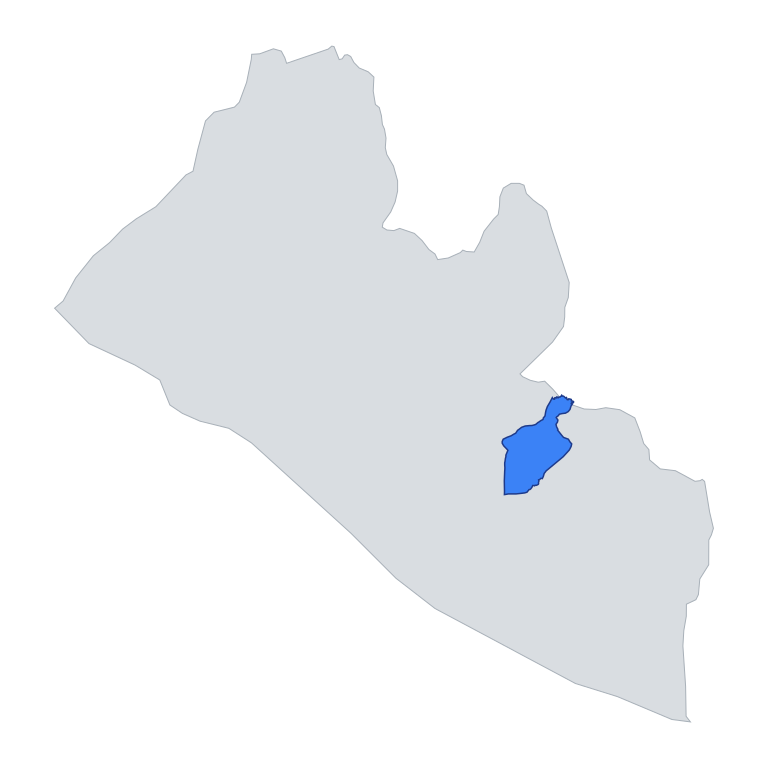 Gbao, Grand Gedeh, Liberia (highlighted)
{"feature_id": "62588387B49218131763508", "entity_name": "Gbao", "entity_type": "district", "adm_level": 2, "iso_a3": "LBR", "parent_name": "Liberia", "parent_adm1": "Grand Gedeh", "projection": "albers", "projection_center": [-8.462, 6.068], "detail": "fine", "context": "in_parent", "style": "filled", "palette": "blue", "viewbox_px": 768, "rotation_deg": 0, "n_neighbors": 0, "source": "geoboundaries", "source_scale": "gbopen_adm2", "svg_char_len": 4055}
<svg xmlns="http://www.w3.org/2000/svg" viewBox="0 0 768 768"><path d="M54.6,308.2L63.1,301.0L75.7,277.9L93.3,255.8L109.6,242.6L122.6,229.1L136.3,218.8L155.9,206.7L186.0,174.9L193.0,171.2L197.9,149.1L205.5,120.9L214.1,112.2L234.5,107.1L239.3,102.2L246.6,82.4L251.3,59.3L251.7,54.3L259.7,53.8L273.4,48.8L281.3,51.1L284.8,57.7L286.6,63.3L328.2,49.1L331.8,46.1L334.0,46.6L339.2,59.6L342.2,58.8L344.7,55.1L347.5,54.7L350.7,56.5L353.9,62.5L359.2,68.0L368.2,71.8L373.9,77.1L373.2,91.0L375.4,104.5L379.3,107.6L381.4,115.7L382.4,124.5L384.5,129.2L386.0,138.1L385.3,147.7L386.8,154.5L393.5,166.1L397.6,180.8L397.6,191.1L395.1,202.0L390.7,212.0L383.0,222.9L382.3,227.2L386.9,230.0L393.9,230.6L399.7,228.4L414.4,233.4L422.1,240.6L428.9,249.5L435.0,254.0L437.7,259.6L448.2,258.0L460.3,252.6L462.8,250.1L466.4,251.5L474.2,252.0L479.7,242.3L484.1,231.2L493.6,219.1L498.2,214.5L499.4,206.7L499.9,196.8L503.3,188.1L511.1,183.4L519.5,183.4L524.0,185.2L526.4,193.6L533.1,200.0L538.8,204.3L541.9,206.2L546.7,211.1L551.3,228.0L569.2,282.5L568.3,297.5L564.8,307.4L564.7,317.0L563.5,326.5L552.5,342.1L520.0,373.9L522.6,376.7L530.3,380.3L538.2,382.2L544.7,381.2L552.8,389.2L561.5,399.2L570.8,404.4L584.2,409.0L595.9,409.5L605.8,407.7L619.8,409.7L634.8,417.9L640.1,431.6L643.7,443.5L648.9,449.6L649.6,459.9L660.2,468.9L675.4,470.7L695.0,481.3L700.0,480.7L702.2,479.4L704.6,481.4L709.6,512.0L713.4,528.3L711.4,534.9L708.8,540.0L708.7,564.8L699.8,579.0L698.4,594.6L695.9,599.7L686.4,604.2L686.3,616.2L683.8,630.7L682.9,646.0L685.6,686.3L686.1,716.3L690.4,721.9L671.9,719.5L617.4,696.6L575.4,683.5L435.0,608.5L396.0,578.3L351.1,533.4L251.5,442.9L228.8,428.3L200.1,421.2L182.4,413.4L169.9,405.0L159.8,380.0L134.9,365.0L89.0,343.6L54.6,308.2Z" fill="#d9dde1" stroke="#a8b0b8" stroke-width="1"/><path d="M536.1,424.1L535.9,424.3L534.7,424.8L532.0,425.5L529.1,425.6L528.4,425.7L525.2,426.0L521.9,427.2L521.6,427.3L519.3,429.1L517.6,430.3L515.6,433.3L515.1,433.5L514.1,434.0L513.7,434.2L511.3,435.7L510.3,436.1L507.3,437.2L503.2,439.2L502.2,441.5L502.2,441.9L502.2,443.2L503.7,445.8L507.5,449.8L507.9,450.3L505.9,455.1L505.9,456.6L505.4,458.5L505.0,461.5L504.7,462.7L504.7,463.5L504.7,465.1L504.9,467.6L504.8,470.1L504.7,470.8L504.4,478.7L504.3,480.7L504.5,491.3L504.4,494.6L505.2,494.5L508.4,493.9L509.1,493.9L509.3,493.9L512.2,493.9L512.6,493.9L516.1,493.9L519.9,493.5L520.8,493.4L524.8,492.9L527.0,492.2L527.6,491.4L527.8,491.2L528.2,490.7L529.0,489.6L529.9,489.5L530.7,488.9L531.7,487.6L532.0,487.1L532.3,486.5L532.7,485.5L532.8,485.5L533.4,485.5L534.6,485.8L535.0,485.3L535.6,485.3L536.4,485.3L537.3,484.9L538.0,484.5L538.4,484.2L538.6,483.4L538.5,482.8L538.5,482.3L538.7,481.8L538.9,481.2L538.7,480.6L538.6,479.8L539.2,479.7L539.5,479.7L539.9,479.3L540.2,479.0L541.0,478.3L541.5,478.4L542.3,478.6L543.3,476.5L543.8,474.8L544.2,473.4L545.5,471.8L546.1,470.9L554.9,463.6L563.2,456.7L569.3,450.0L571.1,446.5L571.7,443.9L569.9,441.8L568.4,439.2L563.5,437.4L561.8,435.4L557.6,430.1L557.9,429.3L556.6,426.9L556.0,424.3L557.5,422.0L557.9,420.0L557.1,418.9L556.2,417.6L556.6,416.9L558.1,415.9L559.4,414.2L562.0,413.6L565.1,413.2L565.4,413.2L568.2,411.6L569.1,410.5L570.0,409.4L571.0,406.1L572.3,404.1L571.7,404.1L571.2,403.8L571.2,403.4L571.5,402.9L572.3,402.6L573.5,402.3L573.6,401.8L573.1,401.3L572.4,401.0L572.0,401.0L571.4,401.0L571.4,400.8L571.3,399.5L570.9,399.3L569.3,398.9L568.6,398.9L568.4,399.4L568.2,399.7L567.9,399.7L567.2,399.6L566.9,398.8L566.7,398.0L566.4,397.5L566.2,397.6L565.6,398.0L565.2,397.7L564.0,396.5L563.3,396.1L562.6,396.1L562.1,396.1L562.1,395.7L561.8,395.3L561.7,395.2L561.3,395.9L560.5,396.6L559.9,397.1L558.9,397.0L558.4,397.4L558.3,397.7L558.0,397.8L557.8,397.4L557.3,397.0L556.8,397.0L556.6,397.0L556.5,397.3L556.5,397.7L556.4,397.9L555.6,397.7L554.8,397.8L554.6,398.1L554.7,398.7L554.6,399.1L554.1,399.2L553.5,399.0L552.5,398.1L552.3,397.7L550.0,402.1L547.4,406.5L546.1,410.0L545.6,412.2L545.0,415.9L544.2,416.9L543.7,417.6L543.4,417.8L543.0,419.5L541.0,420.5L538.3,422.4L538.1,422.4L536.1,424.1Z" fill="#3b82f6" stroke="#1e3a8a" stroke-width="1.5"/></svg>